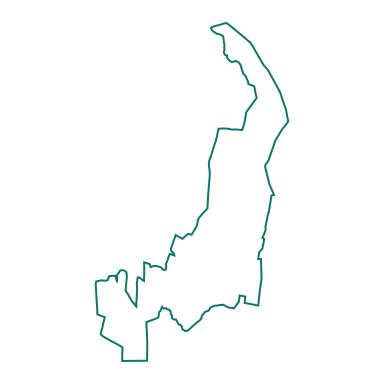 Subukia, Rift Valley, Kenya (Robinson projection)
{"feature_id": "3690345B83042019153785", "entity_name": "Subukia", "entity_type": "district", "adm_level": 2, "iso_a3": "KEN", "parent_name": "Kenya", "parent_adm1": "Rift Valley", "projection": "robinson", "projection_center": [36.175, 0.026], "detail": "fine", "context": "isolated", "style": "outline", "palette": "teal", "viewbox_px": 384, "rotation_deg": 0, "n_neighbors": 0, "source": "geoboundaries", "source_scale": "gbopen_adm2", "svg_char_len": 4409}
<svg xmlns="http://www.w3.org/2000/svg" viewBox="0 0 384 384"><path d="M233.7,308.5L235.2,306.7L238.8,301.7L239.7,295.5L245.3,296.6L244.7,302.9L255.9,305.1L258.2,305.6L259.5,293.4L260.4,286.5L261.6,278.5L261.3,270.5L261.0,259.0L258.1,259.0L259.3,252.2L260.4,250.9L262.4,248.7L262.7,246.8L263.3,244.1L263.9,240.7L264.0,239.8L264.2,238.9L262.4,237.8L263.7,235.0L264.7,232.5L265.0,231.8L265.2,231.2L265.7,229.4L265.5,228.2L265.5,227.1L265.7,225.5L266.1,223.6L266.6,221.0L266.8,220.4L266.9,219.6L267.1,218.6L267.4,216.7L267.6,215.8L267.8,214.8L268.0,214.1L268.2,213.5L268.5,212.9L268.8,212.2L271.5,195.5L274.0,194.9L269.5,184.4L269.2,183.9L269.1,183.1L268.8,182.0L268.6,180.8L268.3,180.0L267.9,178.3L267.8,177.7L267.5,176.6L266.6,172.9L265.5,168.4L265.2,166.4L265.3,165.4L265.6,164.8L267.1,162.7L268.2,160.9L268.8,159.8L269.4,157.7L273.4,146.3L274.4,143.2L274.6,142.6L275.0,141.7L275.2,141.0L275.6,140.2L276.0,139.4L276.4,138.9L282.3,129.0L285.5,125.4L288.3,121.3L287.7,118.8L287.0,115.5L286.8,114.1L286.6,113.1L286.1,110.1L285.9,109.3L282.8,100.5L280.5,93.4L280.0,92.1L279.6,91.4L279.3,90.9L278.8,89.9L278.5,89.2L276.5,85.7L274.5,81.9L274.0,81.0L271.0,75.6L267.9,70.0L266.9,68.9L266.4,68.3L265.9,67.7L265.0,66.6L264.1,65.7L263.5,64.7L262.0,62.5L261.2,61.0L258.6,56.4L255.7,51.5L254.2,48.8L252.7,46.2L250.4,42.7L247.1,39.9L245.5,38.6L242.9,36.3L240.5,34.3L236.2,30.7L232.8,27.9L231.1,26.6L228.7,24.5L226.3,23.0L223.1,23.8L221.4,24.4L218.7,25.1L215.2,26.0L213.1,26.6L211.0,27.8L211.4,29.1L212.2,30.5L214.6,32.3L216.8,33.7L219.2,34.2L221.1,35.0L223.1,36.2L223.6,39.2L224.0,42.8L224.5,45.1L224.3,47.3L224.4,50.1L223.8,52.5L225.1,54.9L227.0,55.4L227.0,57.4L228.7,59.5L229.4,60.7L231.8,62.1L232.6,62.0L233.5,61.7L235.6,60.9L238.7,62.4L240.5,64.9L241.2,67.1L241.7,69.4L242.7,71.6L243.2,73.8L244.9,75.3L245.5,76.0L245.9,76.8L247.1,79.6L248.2,81.9L248.3,84.0L254.2,86.2L255.0,90.2L255.4,92.6L256.7,97.6L256.4,98.2L256.0,98.8L251.3,105.2L246.2,112.3L245.6,116.4L244.9,120.1L244.4,122.9L243.6,125.7L242.9,127.8L242.2,129.9L240.5,130.0L237.6,129.5L234.3,129.5L231.5,129.5L227.0,128.6L222.1,128.5L218.5,128.7L217.4,134.0L217.0,136.3L215.7,141.2L214.0,146.0L213.0,149.4L211.6,154.1L210.6,156.8L209.4,160.2L208.8,164.0L209.5,169.9L209.6,171.0L209.8,175.1L209.3,180.6L208.9,185.4L208.6,190.1L208.1,194.9L207.9,197.9L207.9,199.8L207.4,208.5L204.6,211.5L203.0,213.2L198.5,218.4L197.6,222.3L196.7,226.2L194.8,229.5L191.6,234.7L188.0,233.9L185.6,236.0L184.1,237.3L182.5,238.8L175.7,235.1L170.9,248.8L171.5,251.5L172.9,252.4L174.1,253.9L174.3,255.5L169.8,253.9L168.6,256.8L167.8,259.4L166.9,261.9L165.8,264.3L166.3,266.7L165.9,269.6L163.5,270.0L160.8,267.2L158.6,266.6L156.4,266.0L154.0,265.9L150.6,267.0L149.7,264.2L146.9,263.1L144.2,262.3L144.2,268.2L144.2,275.2L143.9,280.9L142.3,279.8L140.4,278.2L138.1,277.2L137.4,278.7L137.2,281.1L136.8,284.3L137.1,288.6L137.1,290.4L136.9,293.5L136.7,297.7L136.6,300.4L136.2,303.0L136.4,304.5L136.3,306.5L135.2,305.4L133.7,303.3L131.7,300.8L130.8,299.1L129.5,297.0L128.3,294.7L127.2,293.1L125.6,290.7L125.9,286.8L126.2,283.2L126.5,280.3L126.8,277.3L126.5,272.3L124.2,270.6L122.2,270.1L120.2,270.5L117.0,275.4L117.1,282.3L115.4,275.7L109.2,276.1L107.7,280.1L105.5,280.7L103.9,280.7L101.4,280.3L98.1,281.1L96.2,281.5L95.7,284.1L96.1,291.2L96.7,301.1L97.2,309.4L97.4,314.4L104.8,317.2L103.9,320.8L103.1,323.9L102.6,326.6L101.6,330.3L100.7,334.3L102.6,336.1L107.3,338.9L112.4,341.7L117.1,344.2L120.2,345.9L122.5,347.5L122.4,349.8L122.2,355.7L122.3,361.0L130.3,360.9L139.1,360.8L147.1,360.7L147.2,351.5L147.3,343.0L147.1,338.1L146.7,329.7L146.4,324.8L146.4,322.1L153.0,319.7L158.3,317.6L159.3,311.8L160.6,310.7L160.7,310.0L162.1,306.9L162.6,307.3L163.7,308.6L164.3,308.4L164.9,308.4L166.2,308.3L166.7,308.9L167.2,309.4L168.5,309.6L169.4,309.8L170.8,312.0L170.6,313.6L172.0,315.6L171.9,317.5L172.9,318.9L174.4,319.6L175.8,319.4L176.7,320.7L177.4,322.0L177.8,323.0L178.8,324.5L180.3,324.8L181.9,326.6L182.0,327.6L182.8,329.7L183.5,329.9L184.0,330.2L185.4,331.1L186.2,330.7L187.6,330.8L192.7,326.1L196.7,322.7L198.8,321.1L199.2,320.8L199.8,320.2L200.8,319.2L201.4,318.3L201.6,316.7L202.7,314.7L204.5,312.5L205.1,311.9L205.8,311.6L207.1,311.2L208.6,310.5L209.3,309.6L210.3,307.7L212.5,306.5L214.8,305.7L216.7,305.6L218.4,305.3L219.3,305.1L221.6,305.0L222.5,304.9L223.3,304.7L225.2,305.8L226.6,306.7L228.5,307.5L230.2,307.9L231.9,307.7L233.7,308.5Z" fill="none" stroke="#0f766e" stroke-width="2"/></svg>